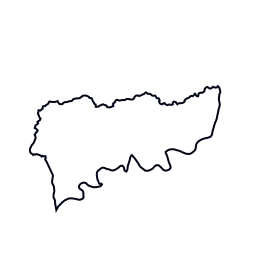 São Salvador do Tocantins, Tocantins, Brazil, rotated 68°
{"feature_id": "56859067B16316133486667", "entity_name": "São Salvador do Tocantins", "entity_type": "district", "adm_level": 2, "iso_a3": "BRA", "parent_name": "Brazil", "parent_adm1": "Tocantins", "projection": "orthographic", "projection_center": [-48.352, -12.54], "detail": "fine", "context": "isolated", "style": "outline", "palette": "ink", "viewbox_px": 256, "rotation_deg": 68, "n_neighbors": 0, "source": "geoboundaries", "source_scale": "gbopen_adm2", "svg_char_len": 5910}
<svg xmlns="http://www.w3.org/2000/svg" viewBox="0 0 256 256"><g transform="rotate(68 128 128)"><path d="M88.5,209.8L90.1,209.6L90.7,211.1L90.9,212.7L92.1,213.7L93.0,214.5L93.9,213.7L95.0,213.2L96.3,212.7L97.4,213.6L97.8,215.2L98.8,216.0L99.2,217.1L100.2,217.0L101.3,217.1L102.2,217.3L103.2,217.8L104.2,218.7L104.9,219.6L105.7,220.0L106.3,220.9L107.0,221.8L107.9,223.7L108.5,224.4L109.5,225.4L110.5,226.6L111.7,227.3L113.9,227.7L115.2,227.4L116.3,226.4L117.5,226.0L117.2,225.0L117.9,224.1L117.9,222.6L118.7,221.6L119.4,220.9L120.0,220.0L121.2,219.2L122.2,218.7L121.8,217.6L122.8,216.7L123.1,215.2L124.4,215.4L125.4,215.7L125.9,216.5L126.9,216.5L128.2,216.2L138.2,215.6L140.6,215.5L143.8,215.3L149.5,218.6L151.1,218.9L152.2,218.8L153.2,218.7L154.5,218.7L155.8,218.9L157.2,219.5L158.3,219.7L159.5,220.3L160.9,221.4L162.1,222.0L163.1,222.5L164.2,223.0L165.2,223.0L166.2,222.8L167.5,222.9L168.6,223.1L171.3,224.0L172.9,224.3L175.0,224.7L175.9,224.9L177.2,225.2L176.4,224.2L174.9,222.4L174.4,221.6L174.0,220.6L173.5,219.5L172.9,218.1L172.3,216.8L172.0,215.7L171.5,214.3L171.3,212.9L171.3,211.8L171.1,210.3L171.3,208.9L171.7,207.7L172.2,206.4L172.7,205.5L173.4,204.4L174.1,203.2L174.8,202.2L175.5,201.3L176.2,200.2L176.6,199.0L176.6,197.9L176.5,196.4L175.7,195.3L174.8,194.9L171.1,193.6L169.5,193.5L168.0,194.2L166.8,195.2L165.5,195.7L164.0,195.4L162.9,194.6L162.2,193.3L161.8,191.8L161.9,190.4L162.2,189.2L162.8,188.3L163.4,187.6L164.7,187.1L166.0,186.5L166.8,185.9L167.6,185.1L168.4,184.1L169.2,183.2L169.9,182.2L170.4,181.2L170.7,180.3L171.0,179.2L171.3,178.1L171.5,176.9L171.6,175.7L171.4,174.4L170.6,173.3L169.6,173.6L169.4,175.0L168.6,175.6L167.3,175.5L165.7,175.5L164.5,175.6L163.5,175.4L162.6,175.2L161.5,175.0L160.6,174.7L159.5,174.4L158.5,173.9L157.7,173.5L156.8,172.5L156.3,171.4L155.9,169.9L155.4,168.4L155.2,167.2L155.3,166.3L155.8,165.3L156.4,164.6L157.3,163.8L158.0,163.0L158.5,162.3L159.1,161.2L160.1,160.3L161.1,159.2L161.6,158.2L161.9,156.9L161.9,155.5L161.7,154.3L161.5,153.1L161.3,151.9L160.8,150.7L160.4,149.5L160.4,148.5L160.9,147.3L162.2,146.7L163.6,146.7L164.8,146.9L165.9,147.1L166.9,146.7L167.7,145.9L167.1,144.8L166.0,144.0L163.0,142.3L161.6,141.1L159.8,139.6L159.0,138.9L157.9,138.1L157.0,137.5L156.1,136.8L155.1,135.9L154.6,134.6L155.6,134.1L156.6,133.8L159.0,133.1L160.2,132.8L161.1,132.5L162.1,132.3L163.6,132.0L165.3,131.6L166.7,131.5L168.0,131.3L169.0,130.9L169.8,130.4L172.7,128.7L173.7,128.3L174.4,127.1L175.0,126.0L175.2,124.5L175.2,122.2L175.0,121.1L174.7,119.9L174.2,119.0L173.6,117.8L173.2,116.3L173.3,115.1L174.0,113.7L175.0,113.0L176.1,112.5L177.1,112.0L178.3,111.6L179.9,110.9L181.0,110.1L181.7,108.8L182.0,107.4L182.0,106.2L181.7,104.7L180.8,103.4L179.5,102.9L178.0,102.9L176.9,102.9L175.8,102.9L174.7,102.9L173.6,102.8L172.3,102.6L171.2,102.5L170.1,102.4L168.7,102.2L167.4,102.2L166.3,102.3L165.1,102.4L164.3,102.0L163.9,100.8L163.7,99.6L163.5,98.7L163.6,97.6L163.8,96.5L164.2,95.2L164.7,93.9L165.3,92.9L166.3,91.7L167.2,90.6L167.9,89.6L168.8,88.5L170.7,86.8L171.7,85.8L172.5,85.0L173.3,84.2L173.9,83.2L174.4,82.4L174.8,81.4L175.1,80.3L175.2,79.3L175.0,78.1L174.6,76.7L174.1,75.3L173.7,74.4L173.1,73.6L172.1,72.8L171.1,72.2L170.2,71.8L169.4,71.3L168.7,70.8L167.9,69.8L167.2,68.6L166.7,67.1L166.4,65.7L166.3,64.6L166.2,63.2L166.3,61.5L166.4,60.3L166.7,59.2L166.9,57.7L167.0,55.9L166.9,54.6L166.5,53.8L165.9,53.0L164.8,52.1L163.7,51.5L162.9,50.9L160.6,49.2L159.7,48.4L158.8,47.8L157.7,46.9L156.5,45.9L155.3,44.9L154.4,43.8L153.1,42.7L152.1,41.9L149.4,40.2L148.4,39.4L147.6,39.0L145.5,37.5L144.4,36.8L143.6,36.1L142.8,35.5L142.0,34.9L141.0,34.3L139.7,33.8L138.3,33.6L136.8,33.3L135.6,33.1L134.4,32.5L133.5,32.0L132.6,31.5L131.5,31.0L130.6,30.3L129.9,29.4L129.0,28.8L128.0,28.6L126.7,28.5L125.4,28.3L124.0,28.5L122.9,29.1L123.5,30.5L123.5,31.5L122.8,32.2L122.5,33.1L121.6,33.7L122.0,34.9L122.5,36.4L121.8,37.7L120.7,38.3L119.5,39.5L119.9,41.2L120.6,42.3L121.6,42.8L122.7,43.8L122.9,45.1L123.1,46.5L122.4,47.7L122.3,48.9L122.9,49.9L123.9,50.4L124.8,51.1L124.3,52.2L123.0,52.6L121.3,53.1L122.3,54.6L122.7,56.1L121.9,57.2L122.1,58.7L122.7,60.0L122.7,61.3L122.7,62.8L123.1,64.3L123.6,65.2L124.6,65.5L125.1,66.8L125.2,68.0L124.9,69.3L124.4,70.8L124.0,72.3L124.5,73.3L123.2,73.8L121.9,74.0L121.3,74.7L120.7,75.9L121.4,77.1L122.8,77.5L123.0,78.8L122.4,79.6L121.9,80.7L121.5,81.7L121.6,82.8L120.8,83.7L119.9,84.6L118.6,84.8L118.3,86.1L118.9,87.3L118.1,88.5L117.1,89.2L116.1,89.3L115.1,89.3L114.5,88.3L113.2,88.4L111.9,88.5L111.4,89.8L110.6,90.4L109.4,90.4L108.3,90.6L107.8,91.7L107.5,92.8L106.5,93.8L105.3,94.3L104.3,95.3L103.9,96.5L103.2,97.3L102.0,97.7L101.7,98.6L102.1,99.5L102.6,100.5L102.3,101.8L102.6,103.0L102.6,104.5L102.5,105.9L101.7,106.4L101.2,107.4L101.1,108.9L101.7,110.4L102.7,111.1L103.3,112.5L102.9,114.1L102.2,115.5L101.4,116.4L100.9,117.5L100.6,118.7L100.9,120.1L100.6,121.4L100.1,122.4L99.7,123.8L99.5,125.5L98.7,126.4L97.8,127.6L97.7,128.7L98.6,130.1L99.5,130.9L99.5,132.2L100.2,133.0L101.3,133.0L102.3,133.6L102.1,134.9L102.2,136.3L102.1,137.4L101.3,138.4L100.8,139.5L99.5,139.6L98.6,140.0L97.9,141.2L96.7,142.2L96.6,143.9L96.7,145.4L96.9,147.7L96.8,148.9L96.2,150.0L95.2,149.6L94.1,149.2L93.2,150.0L91.4,150.2L89.7,150.6L88.3,150.5L86.9,150.5L86.1,151.6L85.6,152.5L84.5,152.6L83.5,153.4L82.0,155.1L81.5,156.4L81.1,158.1L81.7,159.1L81.8,160.4L82.3,161.5L81.9,162.5L81.7,163.7L81.2,164.5L81.1,166.0L80.6,167.6L81.5,169.0L81.8,170.5L81.3,171.9L81.2,173.2L81.1,174.3L81.0,175.4L80.4,176.3L80.4,177.7L80.6,178.8L81.2,179.7L80.9,181.0L80.2,182.4L79.2,182.9L77.9,183.1L76.7,183.2L76.6,184.7L76.5,186.4L75.7,187.6L75.4,188.8L74.0,190.7L74.4,191.8L75.2,192.3L75.9,193.7L76.0,195.4L76.6,196.4L76.3,197.5L76.1,198.8L77.1,199.5L78.2,199.9L78.4,201.3L79.0,202.5L78.6,203.4L78.0,204.2L78.9,204.8L80.0,205.4L80.8,206.1L81.8,206.2L82.9,205.9L83.9,206.1L85.2,206.1L86.4,205.5L87.1,206.2L87.9,207.0L88.0,208.5L88.5,209.8Z" fill="none" stroke="#020617" stroke-width="2"/></g></svg>